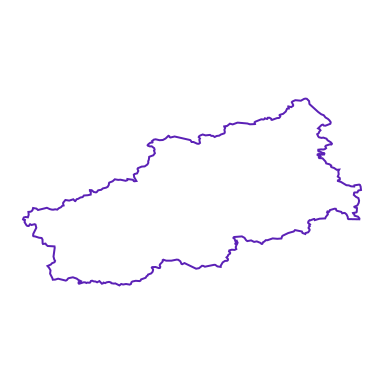 an SVG outline of Tver'
{"feature_id": "RUS-2358", "entity_name": "Tver'", "entity_type": "Region", "adm_level": 1, "iso_a3": "RUS", "parent_name": "Russia", "parent_adm1": "", "projection": "natural_earth1", "projection_center": [34.924, 57.251], "detail": "fine", "context": "isolated", "style": "outline", "palette": "violet", "viewbox_px": 384, "rotation_deg": 0, "n_neighbors": 0, "source": "natural_earth", "source_scale": "10m", "svg_char_len": 6004}
<svg xmlns="http://www.w3.org/2000/svg" viewBox="0 0 384 384"><path d="M329.4,120.3L330.6,122.0L330.7,122.6L330.3,123.8L325.4,125.7L323.7,125.5L322.9,124.6L321.6,125.0L318.1,128.4L319.8,129.3L320.5,130.3L319.3,131.6L318.6,133.3L317.2,134.2L318.2,136.4L319.0,137.3L321.6,137.9L323.3,137.6L326.5,138.7L327.6,140.3L330.8,142.3L331.9,143.6L331.8,144.1L331.4,144.5L329.7,144.4L326.0,145.6L325.3,146.4L326.1,148.2L324.9,149.1L323.5,149.5L321.0,149.4L318.3,149.7L318.2,150.7L318.5,151.3L320.6,151.9L322.2,152.8L324.1,153.1L324.4,153.6L324.1,154.5L322.3,154.6L319.2,153.9L317.7,154.3L317.5,154.9L318.6,155.7L320.0,155.7L320.6,156.4L320.2,156.9L318.9,157.4L319.2,158.1L322.5,158.3L325.5,161.5L326.2,163.4L329.5,164.3L331.2,165.5L331.0,166.4L331.4,167.1L334.1,168.0L336.7,169.8L339.2,169.6L338.3,171.3L338.7,174.2L337.8,176.6L339.7,178.0L339.9,179.1L339.6,179.7L337.9,180.4L337.9,181.0L340.9,181.9L346.4,185.2L348.9,185.4L351.0,186.3L353.8,186.5L354.2,186.5L354.3,185.4L354.6,185.3L359.2,184.6L359.9,184.9L360.6,186.5L361.0,190.0L358.4,190.5L357.4,192.4L354.4,192.5L354.1,192.9L353.8,194.9L355.9,196.8L358.4,198.1L359.1,200.8L358.7,202.9L357.3,205.5L354.4,206.7L354.5,207.2L354.9,207.4L357.0,208.1L356.7,211.9L356.2,212.4L353.0,213.0L353.2,213.5L354.2,214.2L354.6,215.7L358.0,216.7L359.4,218.4L359.3,219.3L348.4,219.1L347.9,218.6L347.7,216.8L346.5,214.4L345.0,213.1L344.1,212.9L342.2,213.3L341.3,211.9L337.0,210.8L336.4,210.4L335.8,208.8L334.6,208.7L329.9,210.1L329.3,211.6L327.5,211.4L327.1,212.2L328.0,212.9L327.5,213.9L327.8,214.5L325.9,216.8L325.2,218.4L319.6,218.7L314.8,220.1L314.3,219.0L313.9,219.0L310.1,220.4L309.6,220.2L308.4,221.4L308.1,222.8L310.0,224.4L309.2,225.2L309.8,226.1L308.6,227.4L308.6,228.2L309.6,229.4L309.5,230.5L308.2,232.3L305.7,233.0L305.3,234.0L302.5,233.0L301.9,231.5L295.0,230.1L293.7,231.5L288.3,233.0L282.7,235.7L282.1,236.3L281.4,238.5L277.3,238.8L272.7,238.4L267.5,240.2L265.7,240.2L264.3,241.6L263.2,242.1L262.3,243.8L261.5,243.9L260.5,242.9L256.8,241.4L254.1,241.9L251.1,240.4L247.3,241.1L246.1,240.2L244.5,237.8L241.9,236.4L234.2,237.0L233.7,237.3L233.4,237.9L234.6,238.9L235.4,241.2L236.7,240.7L237.6,242.7L237.3,243.5L236.0,242.8L235.3,243.6L235.4,244.0L236.3,244.4L236.5,245.0L235.7,247.1L236.3,249.1L234.6,249.9L231.8,249.7L229.3,250.4L229.0,251.5L230.1,252.4L230.1,253.5L228.2,255.0L227.7,256.3L226.5,257.4L228.0,259.1L227.8,260.3L227.1,260.8L225.0,260.9L222.7,262.4L220.8,265.6L220.7,266.9L217.4,266.4L215.3,264.9L214.2,264.8L204.9,266.7L203.3,265.9L202.0,265.8L199.0,268.2L196.1,268.7L184.5,263.1L182.2,264.2L181.5,263.9L180.3,261.3L178.3,259.8L176.7,259.6L171.3,260.7L166.3,260.7L163.3,259.7L162.7,260.1L162.7,261.5L159.9,264.5L159.7,265.4L160.3,266.9L159.8,268.0L158.8,268.1L155.6,267.0L152.2,267.1L151.8,267.7L153.0,269.3L153.1,269.9L152.6,271.8L151.2,273.4L148.0,274.6L147.6,275.6L146.6,276.2L145.6,277.8L141.1,279.4L140.5,280.6L139.7,281.1L135.7,280.8L132.4,281.5L131.5,282.2L130.9,284.0L129.7,284.6L126.0,284.0L123.1,284.5L121.2,284.0L119.4,285.4L115.3,283.4L113.9,283.6L111.4,283.2L110.8,282.4L109.0,281.9L106.7,282.3L105.1,283.1L103.5,282.6L102.9,283.4L101.9,283.7L99.4,281.1L97.1,282.3L95.5,281.5L93.7,281.4L92.1,280.7L90.9,281.0L90.2,282.4L89.7,282.7L87.2,282.6L86.4,283.0L85.0,282.3L83.7,282.3L79.3,283.7L78.8,283.6L78.5,283.0L78.7,282.1L80.7,281.6L81.0,281.2L78.5,280.0L76.7,278.6L72.9,277.3L68.9,278.1L68.1,278.5L66.8,280.1L65.8,280.6L58.1,278.7L55.1,279.6L52.8,279.7L52.4,278.2L50.1,273.7L50.5,270.3L49.0,267.7L47.5,266.0L50.9,264.5L51.9,263.3L54.5,262.2L55.1,260.9L54.3,259.6L53.5,256.6L54.7,247.8L54.5,246.4L47.7,246.0L46.3,244.8L45.5,243.6L43.0,244.0L42.6,243.2L42.5,239.5L41.6,238.0L39.0,237.7L35.3,236.5L33.4,236.2L33.1,235.7L33.3,233.8L36.3,227.8L35.5,224.6L34.6,224.2L31.5,225.0L30.1,224.2L28.7,226.0L27.3,225.9L26.5,225.3L24.6,222.2L24.9,220.0L23.5,219.8L23.0,219.3L23.8,217.5L25.6,217.0L27.9,217.3L28.7,214.7L28.4,211.9L30.6,211.7L31.8,211.0L32.6,209.9L33.1,208.0L36.4,208.6L38.0,210.0L46.9,207.8L49.8,209.1L51.8,209.6L53.1,209.7L55.2,209.3L57.3,209.6L58.7,208.3L61.0,207.2L62.3,205.8L63.6,205.5L63.1,203.6L63.2,202.7L65.4,200.0L69.2,200.6L73.3,199.3L74.9,201.0L75.3,201.1L76.7,199.2L78.0,198.9L80.4,197.5L82.6,197.1L83.9,195.5L87.9,195.2L90.7,194.6L90.8,192.1L89.9,190.9L89.9,190.1L91.7,190.2L93.8,192.0L96.0,192.4L96.7,192.1L98.2,190.3L101.2,189.8L102.9,188.4L106.0,187.7L107.7,186.8L108.8,184.9L109.0,183.1L109.3,182.6L112.6,181.3L114.8,179.3L118.2,179.9L120.5,179.7L125.6,180.8L127.3,180.2L127.4,179.0L132.9,179.8L133.8,181.1L134.4,181.3L136.4,181.0L134.2,177.2L133.8,174.7L134.6,174.0L137.1,173.4L138.3,170.9L137.5,169.0L137.9,168.2L141.7,166.6L144.7,166.4L147.4,164.5L148.3,162.8L148.2,161.2L148.8,159.8L149.2,156.8L153.3,155.3L154.9,153.2L154.0,150.6L154.6,149.8L154.2,148.2L151.7,146.3L149.8,146.4L147.9,145.7L147.6,145.2L148.5,144.1L150.4,142.7L152.4,142.5L152.6,142.1L152.1,141.0L153.9,139.6L155.7,139.3L159.5,140.2L162.8,140.0L165.6,138.5L168.4,135.8L169.3,136.2L169.7,137.2L170.5,137.5L174.6,136.5L190.0,140.0L190.6,140.4L191.6,142.0L193.5,142.0L197.2,143.7L198.8,143.8L200.0,142.9L199.3,139.8L200.0,138.5L198.7,137.1L199.0,136.4L200.2,135.5L202.7,134.5L205.6,135.4L210.0,134.9L211.4,135.9L213.0,135.9L214.7,137.0L216.6,136.0L219.3,135.6L220.9,134.5L224.2,133.4L224.7,132.8L224.8,131.8L224.4,129.8L225.2,127.8L224.3,126.9L224.2,126.4L227.2,125.9L229.9,123.7L232.7,124.4L237.3,122.7L238.5,122.7L247.4,123.5L249.9,124.3L254.3,124.1L255.0,124.0L254.6,122.3L255.3,121.7L261.3,119.3L263.5,119.5L264.4,119.1L264.9,118.3L267.1,119.0L267.5,118.7L267.8,117.8L269.4,117.7L271.1,118.7L271.5,119.8L272.0,119.9L277.0,118.1L278.9,118.0L279.7,117.4L280.3,116.4L280.1,115.6L279.6,115.1L279.9,114.8L283.2,113.8L285.8,111.5L287.0,108.8L288.8,108.5L288.2,106.8L288.3,106.4L291.3,107.1L293.1,105.8L293.2,105.0L291.8,102.2L292.4,101.5L295.3,100.2L300.9,100.7L304.1,98.9L305.4,98.6L306.8,98.8L309.1,101.1L309.4,103.8L309.7,104.3L318.2,112.0L321.3,114.3L323.7,115.2L325.5,117.5L327.9,118.9L329.4,120.3Z" fill="none" stroke="#5b21b6" stroke-width="2"/></svg>